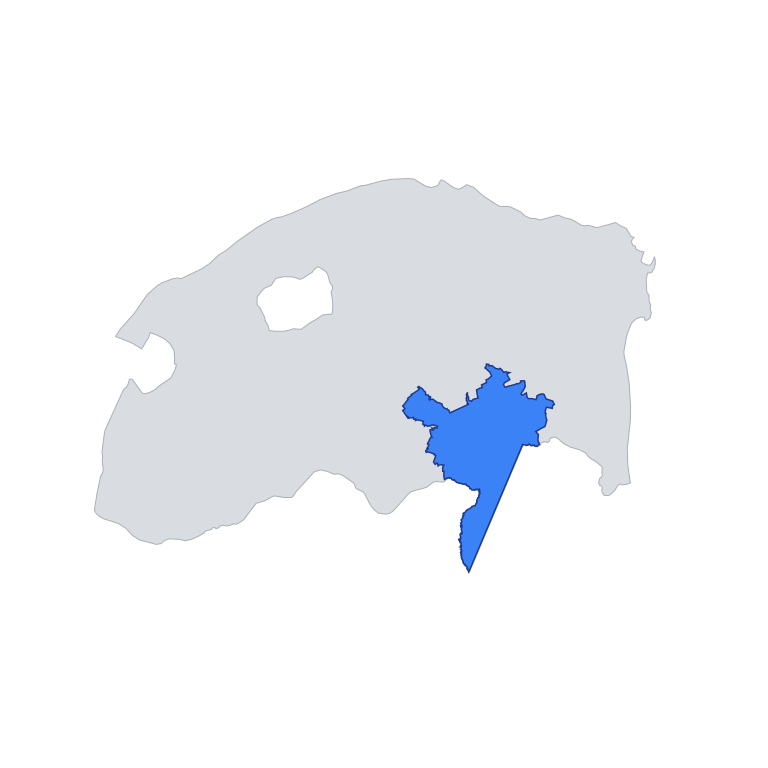 location of Z F Mgcawu, Northern Cape, South Africa, rotated 203°
{"feature_id": "47623444B49450251729649", "entity_name": "Z F Mgcawu", "entity_type": "district", "adm_level": 2, "iso_a3": "ZAF", "parent_name": "South Africa", "parent_adm1": "Northern Cape", "projection": "robinson", "projection_center": [20.762, -27.405], "detail": "fine", "context": "in_parent", "style": "filled", "palette": "blue", "viewbox_px": 768, "rotation_deg": 203, "n_neighbors": 0, "source": "geoboundaries", "source_scale": "gbopen_adm2", "svg_char_len": 9726}
<svg xmlns="http://www.w3.org/2000/svg" viewBox="0 0 768 768"><g transform="rotate(203 384 384)"><path d="M530.9,147.4L548.3,144.9L556.1,146.3L565.5,150.4L574.3,151.8L589.2,150.4L594.3,151.0L598.4,152.4L601.3,154.6L605.3,170.6L608.7,187.8L608.5,193.3L609.0,195.5L613.1,202.7L614.6,207.3L617.0,211.0L622.1,229.3L622.7,232.5L621.6,276.8L619.4,282.2L620.1,289.1L617.6,290.0L603.0,281.1L600.4,281.5L596.2,284.8L592.2,290.0L590.3,294.4L582.6,306.3L581.9,313.9L582.4,320.4L584.9,320.7L586.5,325.4L590.4,332.8L597.1,337.6L603.4,339.7L612.2,340.3L619.2,340.1L618.9,335.1L620.8,321.6L632.4,323.3L649.6,322.8L648.2,331.6L641.4,351.5L636.9,373.9L631.4,385.2L628.4,389.9L619.9,398.1L615.4,400.9L611.8,401.8L597.1,418.5L591.6,426.6L586.6,438.3L581.8,444.7L574.5,458.5L561.9,478.7L551.4,492.1L546.8,495.9L543.7,497.7L535.4,505.4L523.8,517.8L514.9,528.8L501.6,541.3L494.0,546.8L482.6,557.6L479.4,559.2L466.6,569.2L457.4,575.2L442.6,582.3L436.7,584.3L422.8,582.4L417.0,583.4L412.0,587.7L411.5,593.8L409.5,594.7L396.7,591.9L391.4,592.4L388.3,595.6L385.8,599.8L378.5,600.0L365.5,595.7L350.2,593.1L346.6,592.8L339.1,596.0L336.5,596.4L325.7,595.8L319.7,593.8L314.0,593.7L309.6,595.4L304.2,596.0L289.8,607.5L282.3,607.5L275.9,608.8L264.5,607.3L261.1,608.0L257.7,610.0L250.0,610.9L247.0,612.6L233.9,623.1L228.6,622.0L221.8,621.9L214.1,616.3L211.1,616.6L211.9,615.0L212.1,612.0L209.4,609.0L206.4,609.1L204.8,606.6L200.2,606.4L196.4,607.1L195.6,597.5L193.8,596.5L189.1,596.3L186.9,596.6L185.8,597.5L184.6,599.7L184.7,606.5L183.0,604.5L181.2,600.5L180.5,596.2L181.2,591.1L184.7,589.1L183.6,582.7L178.1,571.5L174.7,569.1L172.1,563.4L169.5,561.3L168.4,557.3L165.8,554.1L164.9,549.0L166.3,546.1L168.5,544.5L170.8,547.0L173.6,546.0L177.5,542.4L179.9,536.8L179.9,527.9L179.3,522.3L176.0,508.0L174.5,504.7L167.2,494.4L158.7,480.6L147.9,458.9L142.7,445.8L134.8,419.5L127.9,404.6L119.5,390.6L118.4,389.7L119.6,388.0L124.1,384.8L126.1,384.0L127.2,384.4L128.3,383.5L129.3,381.3L129.9,376.4L132.0,371.2L133.8,369.0L137.8,367.5L140.8,369.5L142.1,371.4L142.6,373.9L144.0,375.1L146.1,375.0L147.6,376.6L148.5,379.7L148.4,382.0L147.2,383.5L147.3,385.3L148.9,387.7L150.6,392.8L158.7,395.4L163.3,395.8L167.7,397.1L171.7,399.3L178.4,399.9L187.8,398.7L195.4,399.3L201.5,401.5L205.8,401.9L208.5,400.5L209.7,398.4L209.3,395.8L210.7,394.1L213.7,393.4L216.1,391.4L218.0,388.1L222.2,385.4L228.8,383.4L232.1,383.4L231.9,244.4L243.8,254.0L246.6,258.4L252.4,271.5L258.3,287.5L259.3,295.3L259.0,296.9L252.9,307.5L252.7,312.7L253.4,318.8L254.8,321.8L256.6,322.8L260.8,321.3L267.3,322.9L279.7,322.2L285.9,323.0L287.5,322.5L288.9,321.2L290.5,317.6L292.0,316.4L297.8,314.8L300.4,312.7L304.5,305.4L316.8,295.7L318.2,293.4L326.1,270.2L328.4,266.9L331.9,264.7L338.7,263.0L342.7,263.9L347.0,265.9L351.8,269.3L359.0,275.6L361.4,276.6L368.7,276.8L373.1,281.0L386.7,283.8L390.6,283.6L394.8,281.4L401.8,281.5L409.3,279.9L413.9,275.8L422.9,250.4L423.9,244.9L424.9,243.3L432.0,240.4L440.7,238.3L442.5,237.1L448.0,230.0L455.1,224.2L460.2,203.9L463.5,199.1L465.5,197.0L466.8,197.0L468.6,195.7L471.0,193.3L473.8,191.7L477.1,191.1L479.2,189.5L480.2,186.8L481.9,185.4L484.2,185.5L485.6,184.7L486.0,182.8L491.3,178.5L491.5,176.7L494.5,172.4L500.6,165.6L506.2,161.8L511.5,161.1L521.2,157.6L524.7,154.3L527.0,149.9L530.9,147.4ZM509.8,446.9L518.4,443.5L524.8,439.0L526.4,430.7L531.4,425.6L533.2,420.9L534.7,414.4L532.0,407.6L528.0,405.6L520.9,399.7L517.9,395.7L513.6,392.4L510.6,388.4L505.6,389.7L497.8,392.9L493.0,395.9L489.0,399.4L481.7,401.9L474.8,413.1L472.6,415.7L467.2,423.8L459.5,427.9L459.3,429.3L461.7,436.0L465.1,442.6L468.7,448.0L468.5,451.4L469.7,454.0L473.0,455.8L478.4,462.5L481.1,464.7L489.6,466.3L490.8,465.9L493.2,461.9L493.6,459.1L499.5,450.3L502.0,447.6L509.8,446.9Z" fill="#d9dde1" stroke="#a8b0b8" stroke-width="1"/><path d="M348.3,361.8L347.5,362.5L343.8,364.7L343.0,363.2L341.2,364.2L340.8,362.7L339.3,364.0L338.1,364.3L336.6,364.6L333.1,365.0L332.7,362.2L331.3,361.9L331.0,362.2L330.3,361.0L329.3,362.5L328.3,362.4L327.4,362.1L325.1,363.6L324.0,364.7L322.2,365.8L321.4,365.9L319.0,365.8L318.1,365.9L318.2,365.2L318.0,364.1L320.7,363.7L320.3,362.4L322.7,362.2L321.1,360.7L322.4,360.5L323.7,360.0L323.2,358.5L322.0,356.9L319.9,354.5L319.1,353.8L319.9,353.7L320.3,351.7L320.6,345.8L318.9,345.6L319.0,343.3L319.4,341.7L318.2,341.8L318.4,340.4L319.1,340.0L319.2,339.2L319.5,338.7L318.4,337.5L317.4,338.5L314.7,339.0L312.8,339.1L310.1,339.1L310.2,338.5L308.4,338.4L307.9,331.5L305.5,330.0L304.7,331.4L304.1,332.1L303.7,331.8L303.4,331.2L302.2,329.7L301.4,331.3L299.3,332.2L298.3,332.2L297.3,332.7L297.3,329.5L296.9,329.2L295.8,326.6L294.7,327.0L293.2,323.2L291.9,320.9L291.2,320.0L290.7,319.8L290.4,320.4L290.3,321.1L290.0,321.1L289.7,321.4L288.9,322.1L287.7,323.2L287.5,323.3L286.9,323.0L286.5,323.4L285.3,323.5L284.3,322.5L283.6,322.5L283.2,322.9L282.5,322.6L282.0,323.3L281.1,322.9L280.7,322.5L280.0,322.5L279.3,322.0L278.1,321.8L277.2,322.1L275.8,321.9L275.3,322.5L274.7,322.8L274.4,322.8L273.7,322.4L273.0,322.7L272.2,322.6L271.3,323.0L270.7,323.5L270.0,323.5L269.4,323.8L268.8,323.2L267.6,322.8L267.0,322.9L266.4,322.7L265.4,322.7L264.6,321.9L264.1,321.2L263.8,321.2L263.3,321.5L262.1,320.9L261.3,320.9L260.0,321.7L259.2,321.7L259.1,322.5L258.1,322.5L257.7,323.2L257.4,323.5L256.2,323.5L255.8,323.6L255.6,323.8L255.2,324.7L254.8,325.0L254.9,324.8L254.5,323.3L254.8,322.8L254.8,322.5L253.5,322.1L253.5,321.8L253.7,321.3L253.3,320.8L252.8,320.5L253.2,320.0L253.3,319.7L252.9,319.1L253.2,318.2L252.8,317.7L252.5,316.7L252.6,316.3L253.2,315.9L253.0,315.0L253.2,314.1L253.1,313.1L253.1,312.7L252.4,311.9L252.4,311.0L252.2,310.2L252.5,309.6L252.6,307.5L252.9,307.2L253.7,307.1L254.6,305.8L255.1,305.8L255.3,305.2L255.2,304.7L255.7,304.0L256.0,303.3L256.7,302.7L257.2,301.5L258.2,301.0L258.3,300.5L258.7,300.0L258.8,299.4L259.1,298.8L259.0,298.0L259.2,297.6L259.4,297.2L260.0,296.8L260.6,295.7L260.4,295.4L259.9,295.4L259.2,294.7L259.8,294.1L259.9,293.7L259.4,293.5L259.2,292.9L259.6,292.5L259.7,292.1L259.6,291.6L259.1,290.9L259.5,290.3L259.6,289.7L259.9,289.3L259.9,289.0L258.6,287.7L258.5,286.9L258.9,286.6L259.0,285.8L258.7,285.5L258.1,285.4L258.0,285.2L258.2,284.4L258.1,283.9L258.2,283.5L258.2,283.3L258.0,283.2L257.7,283.3L257.0,284.1L256.6,284.0L256.8,283.3L257.3,282.8L257.4,282.4L257.1,282.1L256.3,282.1L256.3,281.2L255.9,280.1L255.6,279.6L254.6,279.0L254.5,278.3L254.9,277.5L254.9,276.9L254.4,276.7L254.1,277.0L253.7,277.0L253.8,276.6L254.2,275.7L255.0,275.7L255.3,275.4L254.3,273.7L253.6,273.0L253.1,272.9L253.0,272.7L253.0,272.3L253.5,271.7L253.2,271.0L253.2,270.8L253.4,270.7L254.3,270.6L254.4,270.4L254.5,270.0L254.2,269.7L253.5,270.4L252.8,270.3L252.6,269.7L253.2,269.2L252.9,268.8L252.3,269.1L252.1,269.0L252.0,268.8L252.2,268.2L252.1,267.8L251.8,267.6L251.3,267.9L251.0,267.8L250.8,267.6L250.1,265.9L250.4,265.3L250.3,265.0L250.1,264.9L249.5,265.2L249.3,264.9L249.4,264.5L250.2,263.9L250.3,263.7L249.7,263.8L249.4,263.3L248.8,263.2L248.4,262.4L248.8,261.5L248.4,261.3L247.9,261.5L247.7,261.3L247.6,260.9L247.1,260.4L247.0,260.2L247.6,259.8L247.7,259.5L247.8,258.8L247.5,258.5L247.0,258.9L246.6,258.7L246.4,258.5L246.6,258.0L246.3,257.7L246.5,257.3L246.2,256.8L245.9,256.8L246.1,256.2L245.3,255.8L244.9,255.2L245.1,254.8L245.0,254.2L244.1,253.8L243.9,253.2L243.2,253.1L242.9,252.4L242.2,252.1L241.8,251.7L241.9,251.1L241.4,250.9L241.2,250.2L240.1,249.6L239.8,249.8L239.2,249.0L238.7,249.5L237.7,248.5L237.4,248.3L236.5,248.5L236.3,248.3L236.1,247.7L235.4,247.3L235.5,246.5L234.7,246.4L234.7,245.8L233.8,245.7L233.5,244.9L232.5,244.0L232.7,382.6L231.9,382.5L230.0,383.2L229.2,383.0L228.8,383.1L228.4,383.6L227.9,383.8L227.6,384.2L227.7,384.5L227.1,385.4L226.8,385.6L225.7,385.3L225.1,384.9L224.4,384.7L223.7,385.1L223.0,386.0L222.3,386.1L222.1,386.5L220.7,385.7L219.8,386.1L219.4,386.4L218.8,386.3L218.2,386.9L218.2,387.3L218.1,388.1L217.8,388.6L217.0,388.9L220.5,392.5L222.1,397.8L225.7,399.5L222.5,403.9L219.2,407.8L220.0,414.5L221.8,416.3L223.4,419.4L223.3,420.2L224.5,420.4L225.4,424.6L225.2,426.2L219.6,427.3L220.4,430.0L219.2,431.6L221.9,434.2L229.1,433.6L231.2,435.7L232.7,437.0L233.0,437.0L234.3,436.8L236.2,435.6L238.5,433.1L237.9,428.9L241.6,428.5L245.2,427.0L246.9,427.5L249.5,431.4L251.9,428.2L252.9,427.7L254.1,428.5L253.3,432.7L253.0,436.9L255.6,441.5L256.2,441.7L257.1,441.4L259.3,440.2L258.7,439.8L259.6,437.6L260.4,436.7L261.7,436.4L263.7,434.3L268.6,430.6L271.2,428.3L272.4,429.0L273.8,430.2L273.7,432.1L269.9,437.2L272.8,439.4L274.8,441.3L272.8,443.5L276.9,442.7L278.6,441.5L281.2,443.2L283.4,443.7L284.0,442.5L284.6,442.5L287.2,441.9L291.7,443.1L294.3,441.7L295.1,443.0L297.5,442.3L296.9,440.3L297.4,438.3L294.7,437.5L291.0,436.1L288.1,433.5L290.0,429.4L291.6,427.8L290.2,425.3L293.9,421.2L292.1,419.2L294.2,417.6L296.5,414.7L293.9,410.4L291.9,407.9L295.8,404.8L296.9,402.2L299.9,402.3L300.9,404.7L303.0,406.6L303.7,408.3L304.1,407.9L303.7,407.2L304.0,406.1L303.6,405.8L303.3,405.3L302.6,404.9L302.3,404.3L302.4,404.1L302.9,403.6L302.9,403.2L302.3,402.4L301.7,400.9L300.7,400.3L300.3,399.9L300.0,399.5L299.7,398.3L299.2,398.2L298.7,398.6L298.5,398.1L312.0,383.2L314.1,385.2L316.0,385.3L316.3,385.8L316.6,385.4L318.7,385.4L320.7,386.0L321.9,386.9L322.8,388.2L325.4,388.3L326.7,388.2L328.2,387.6L329.3,388.3L329.9,388.4L332.5,389.0L333.5,388.9L335.3,388.0L335.6,387.0L336.6,387.5L336.1,389.1L335.9,390.2L336.9,390.5L337.6,389.6L338.8,391.0L340.8,390.8L341.6,390.4L342.6,392.7L344.8,393.4L346.8,394.6L349.7,395.0L350.9,395.4L351.7,394.2L349.5,393.2L350.7,390.8L351.4,389.7L353.7,386.4L354.9,384.9L354.1,384.2L356.1,381.2L356.6,379.6L355.7,379.0L356.8,376.2L357.2,373.9L358.2,371.1L355.0,369.5L356.4,366.9L350.1,362.9L349.8,363.4L349.0,362.9L348.8,363.0L348.6,362.2L348.8,362.1L348.3,361.8Z" fill="#3b82f6" stroke="#1e3a8a" stroke-width="1.5"/></g></svg>